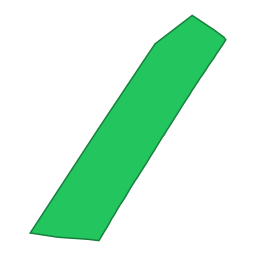 the district of Arroio do Sal, Rio Grande do Sul, Brazil
{"feature_id": "56859067B51555505580585", "entity_name": "Arroio do Sal", "entity_type": "district", "adm_level": 2, "iso_a3": "BRA", "parent_name": "Brazil", "parent_adm1": "Rio Grande do Sul", "projection": "albers", "projection_center": [-49.866, -29.516], "detail": "fine", "context": "isolated", "style": "filled", "palette": "green", "viewbox_px": 256, "rotation_deg": 0, "n_neighbors": 0, "source": "geoboundaries", "source_scale": "gbopen_adm2", "svg_char_len": 857}
<svg xmlns="http://www.w3.org/2000/svg" viewBox="0 0 256 256"><path d="M225.8,39.8L223.8,37.1L220.3,34.6L213.1,29.2L209.7,27.1L192.2,15.4L155.1,43.8L142.2,63.0L97.7,129.8L30.2,233.0L57.8,237.2L62.9,237.6L88.2,239.3L98.9,240.6L101.6,236.2L104.1,231.9L106.5,228.1L109.3,223.3L111.5,219.1L114.4,214.6L117.5,209.1L120.0,205.0L123.0,200.6L125.5,196.6L128.2,192.0L130.9,187.3L133.2,183.7L135.1,180.7L137.6,177.1L140.4,172.5L143.1,168.3L146.6,162.9L149.3,158.3L152.4,153.3L154.3,150.4L157.0,145.8L160.0,141.0L162.1,137.5L164.2,134.8L166.7,130.4L169.6,126.0L172.9,120.8L174.9,117.5L177.2,113.9L179.6,110.2L182.2,105.9L186.4,99.4L189.5,94.8L191.6,91.1L193.8,87.9L196.0,84.4L198.2,81.2L200.1,78.1L202.5,74.8L205.3,70.8L208.1,66.2L210.4,62.9L213.6,58.5L216.1,54.4L218.3,51.1L220.4,48.1L222.8,44.6L225.8,39.8Z" fill="#22c55e" stroke="#15803d" stroke-width="1.5"/></svg>